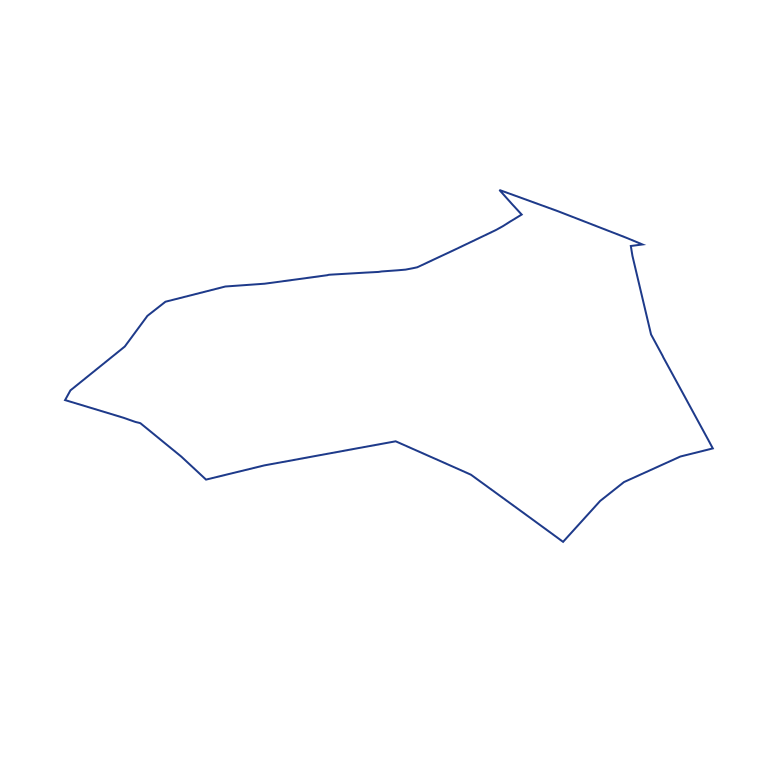 outline of Santiago Apoala, Oaxaca, Mexico, rotated 83°
{"feature_id": "50627088B45537020444974", "entity_name": "Santiago Apoala", "entity_type": "district", "adm_level": 2, "iso_a3": "MEX", "parent_name": "Mexico", "parent_adm1": "Oaxaca", "projection": "albers", "projection_center": [-97.14, 17.639], "detail": "fine", "context": "isolated", "style": "outline", "palette": "blue", "viewbox_px": 768, "rotation_deg": 83, "n_neighbors": 0, "source": "geoboundaries", "source_scale": "gbopen_adm2", "svg_char_len": 935}
<svg xmlns="http://www.w3.org/2000/svg" viewBox="0 0 768 768"><g transform="rotate(83 384 384)"><path d="M205.5,245.8L220.9,235.1L232.6,226.7L234.2,230.2L238.2,239.1L241.9,246.9L244.9,254.4L258.9,296.1L259.0,296.4L272.2,336.8L272.6,341.2L273.1,348.7L272.8,356.8L272.0,372.6L272.1,375.7L271.2,388.6L268.9,424.6L268.9,425.9L269.1,426.9L269.9,490.3L267.9,529.6L275.7,590.9L287.5,610.5L315.2,636.7L352.1,696.0L361.1,702.5L385.8,646.6L385.9,646.4L391.0,636.1L391.5,635.0L392.8,631.5L393.0,631.1L393.3,630.5L431.4,594.0L457.2,572.3L450.2,512.7L447.0,459.2L444.6,418.9L442.3,379.4L471.5,330.6L484.6,308.8L532.1,257.9L562.5,225.5L526.4,183.7L510.6,157.8L492.1,98.7L488.0,65.5L483.6,67.2L483.1,67.4L480.7,68.3L480.3,68.5L478.6,69.1L478.2,69.3L439.2,84.7L436.1,85.9L391.4,103.6L391.1,103.7L390.6,103.8L367.4,112.9L287.1,121.8L277.1,122.2L277.0,110.5L268.2,126.0L233.8,190.1L205.5,245.8Z" fill="none" stroke="#1e3a8a" stroke-width="2"/></g></svg>